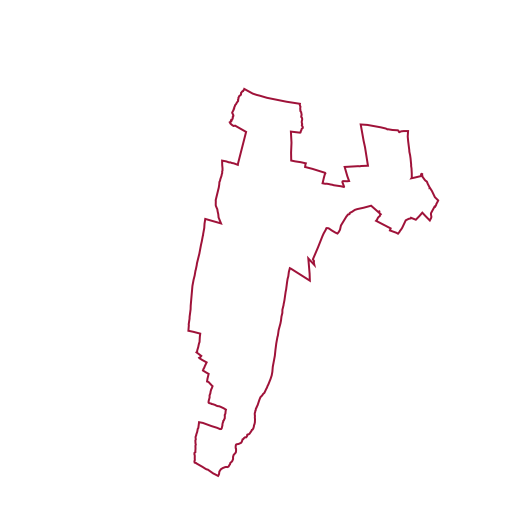 the district of Dimitrie Cantemir, Vaslui, Romania, rotated 222°
{"feature_id": "2599482B29035233418864", "entity_name": "Dimitrie Cantemir", "entity_type": "district", "adm_level": 2, "iso_a3": "ROU", "parent_name": "Romania", "parent_adm1": "Vaslui", "projection": "robinson", "projection_center": [28.052, 46.525], "detail": "fine", "context": "isolated", "style": "outline", "palette": "rose", "viewbox_px": 512, "rotation_deg": 222, "n_neighbors": 0, "source": "geoboundaries", "source_scale": "gbopen_adm2", "svg_char_len": 6084}
<svg xmlns="http://www.w3.org/2000/svg" viewBox="0 0 512 512"><g transform="rotate(222 256 256)"><path d="M325.2,398.5L336.5,391.1L353.7,380.9L360.6,377.6L363.4,376.1L367.1,374.5L376.5,372.3L376.1,371.4L376.2,370.4L376.0,370.2L375.9,369.9L376.4,368.9L376.2,367.8L376.3,367.4L376.1,367.0L375.5,366.4L375.2,365.9L375.1,365.1L375.5,363.9L374.9,361.7L374.2,361.1L373.9,360.0L373.1,359.4L373.0,359.1L372.9,357.2L372.5,355.8L372.4,353.9L372.0,353.3L371.6,351.8L371.2,351.5L371.0,350.9L370.7,350.4L370.8,350.0L370.4,349.5L369.7,346.7L369.0,346.2L368.2,346.0L366.9,345.4L366.7,345.0L366.7,344.7L366.3,344.4L366.3,343.6L365.6,343.1L364.9,341.3L365.5,340.7L365.4,340.3L365.2,340.1L365.0,339.4L364.5,339.3L364.9,338.0L364.6,338.0L364.0,337.4L363.5,337.3L361.7,337.3L359.7,337.6L358.7,338.9L346.4,341.6L331.3,312.8L330.5,311.6L334.5,310.0L336.1,309.0L337.9,308.3L338.5,307.6L341.4,306.4L345.0,304.2L341.9,300.9L339.6,298.8L338.1,297.1L337.8,296.3L336.6,295.0L336.1,293.8L335.3,292.5L333.9,289.2L333.1,287.9L332.7,286.5L331.2,284.6L329.5,282.0L323.3,270.5L322.8,270.1L320.1,267.0L319.4,266.4L317.3,265.4L316.1,264.9L314.4,263.5L312.0,261.8L309.6,259.6L303.8,256.8L318.5,249.6L315.9,245.6L313.2,242.2L310.0,237.0L309.1,235.8L309.0,235.4L305.9,230.3L304.4,227.6L299.7,219.9L295.0,211.1L293.9,209.5L291.4,205.2L291.3,204.8L288.5,200.4L286.5,196.6L283.2,191.2L271.3,175.4L269.0,172.7L264.6,166.3L263.4,164.9L260.3,160.2L259.5,159.5L256.2,155.2L251.9,157.7L245.5,161.0L243.7,158.4L240.4,154.3L239.9,153.0L238.9,151.2L238.0,149.7L236.5,146.5L235.8,145.6L235.8,144.6L229.8,145.1L229.7,143.2L230.1,142.3L229.7,142.2L226.6,142.7L221.5,143.9L220.3,139.8L219.7,138.3L219.5,137.1L218.8,135.4L215.0,136.1L212.3,136.7L210.0,132.4L208.4,130.0L206.9,130.6L202.2,130.2L201.2,130.2L200.4,128.3L200.0,126.8L199.1,125.0L198.0,123.3L197.5,122.0L197.2,121.3L195.8,119.8L194.4,117.0L193.5,115.6L193.0,115.3L192.5,115.3L190.3,116.4L190.0,116.3L188.7,117.1L186.3,118.1L185.4,118.2L184.0,118.8L182.8,119.7L181.5,120.2L178.2,121.2L175.5,121.7L175.0,120.7L173.3,118.4L172.8,116.8L172.2,116.4L170.5,114.3L170.3,113.1L169.9,112.3L170.0,111.6L169.9,111.3L169.4,110.8L169.0,109.6L168.3,108.4L167.7,107.8L166.2,105.0L166.1,104.2L166.9,103.3L169.9,102.3L175.3,99.8L183.8,96.4L187.1,94.4L183.8,89.6L183.6,88.5L182.1,86.1L180.9,83.3L180.6,83.0L179.9,81.2L179.3,80.5L178.1,79.5L177.6,78.3L175.5,76.2L174.6,75.6L174.0,74.4L172.0,72.3L170.6,70.5L169.8,69.7L170.0,68.6L169.2,67.5L168.3,67.0L167.3,66.0L166.3,64.8L164.9,63.4L164.6,62.6L164.1,61.9L163.3,61.4L161.8,62.1L161.5,62.0L154.6,63.5L150.9,64.1L149.9,64.4L148.9,65.0L142.2,65.8L141.3,66.1L137.0,67.2L137.1,67.8L137.6,69.3L139.0,71.3L139.4,74.0L138.8,76.2L137.7,78.4L137.1,79.2L135.9,80.1L135.5,81.2L135.9,82.7L135.9,83.7L136.6,85.0L136.4,87.1L136.5,87.9L137.2,89.8L138.6,91.3L139.5,93.2L139.5,96.0L139.7,96.8L140.8,98.3L142.0,99.5L142.5,99.6L143.4,100.5L144.4,101.9L144.6,102.6L144.4,103.1L143.1,104.8L142.1,107.2L142.1,107.6L142.4,108.8L143.3,110.8L142.9,111.4L143.1,112.6L142.8,114.0L142.0,114.6L142.0,115.4L142.2,116.3L142.9,117.3L142.9,117.6L142.2,118.4L141.9,119.4L142.3,122.8L142.7,124.0L142.4,124.6L142.6,126.0L143.5,127.9L144.2,128.8L144.5,129.8L145.5,131.6L147.5,134.0L148.8,135.2L149.8,136.5L150.5,137.0L151.7,138.3L152.4,139.8L152.9,140.4L153.0,141.1L154.0,142.6L154.1,143.0L154.1,143.7L154.6,144.6L154.9,146.0L157.3,151.5L158.2,154.0L158.2,155.0L158.1,156.5L158.4,158.2L158.2,159.9L159.6,164.6L159.7,165.3L160.5,167.3L160.8,168.6L162.9,174.3L164.4,177.7L166.3,180.8L169.4,184.9L175.2,194.4L178.7,199.2L182.5,204.7L185.9,210.2L186.5,211.5L189.6,216.1L192.7,222.2L194.2,224.7L196.6,228.1L198.3,231.3L200.4,233.7L202.7,238.0L203.3,238.8L203.9,239.9L205.3,242.2L210.0,249.2L211.1,251.1L215.5,257.5L217.2,260.1L218.4,262.5L220.9,266.1L222.7,269.6L221.3,270.0L199.5,273.7L204.3,278.7L215.5,289.2L206.7,288.4L208.5,289.7L209.6,291.1L211.5,291.6L215.7,303.9L219.9,315.2L220.8,318.0L221.7,322.1L222.2,323.4L222.3,323.8L222.0,324.2L220.5,325.2L216.7,325.7L212.7,326.5L210.5,327.2L210.6,329.4L211.2,331.8L213.3,335.5L215.3,346.1L215.2,347.0L215.5,348.1L214.6,349.6L214.7,350.1L215.0,350.5L214.9,351.4L214.2,353.1L213.4,356.4L212.2,358.5L208.3,363.9L204.1,370.4L194.3,370.5L194.4,371.3L194.3,371.7L194.2,371.7L194.0,371.3L193.1,370.5L191.2,370.5L191.2,369.3L190.7,368.4L191.0,367.0L190.9,365.8L190.3,363.7L190.3,362.5L174.4,366.6L173.6,364.6L167.2,367.2L165.4,367.6L165.5,369.9L165.8,371.1L165.9,372.8L166.2,374.7L168.6,382.7L167.4,385.8L166.2,387.4L166.4,388.1L161.5,389.9L161.3,394.9L161.4,399.5L156.9,399.1L150.6,398.7L151.3,401.4L151.8,402.4L153.7,403.9L154.4,404.6L154.7,405.3L156.4,412.4L156.3,412.7L155.9,412.7L156.3,414.5L156.8,415.4L157.4,418.0L157.8,419.2L162.4,419.4L168.7,422.0L172.3,423.0L172.5,422.7L172.8,423.1L176.8,424.6L178.5,425.5L179.3,425.6L180.3,425.4L181.6,425.5L185.3,426.3L187.3,427.9L187.8,428.8L187.7,428.2L188.0,427.2L187.0,426.1L187.0,425.6L191.0,419.8L192.5,417.8L192.6,418.4L195.4,421.5L199.1,425.2L201.1,426.8L201.5,427.4L206.5,432.0L208.9,434.0L211.8,436.1L212.9,437.2L219.6,443.0L223.1,446.2L226.6,450.6L229.9,447.6L231.5,445.8L232.4,443.9L232.8,443.9L234.1,444.4L234.7,444.3L239.0,440.9L242.6,438.6L243.1,438.0L243.9,437.9L245.0,437.5L249.4,435.1L261.0,427.9L266.2,423.8L253.1,413.6L247.8,409.8L233.2,398.0L238.2,393.1L238.8,392.2L240.3,391.0L249.7,381.5L241.5,376.4L237.0,374.0L238.2,372.6L241.3,370.0L241.5,369.7L241.6,369.3L241.1,368.6L237.0,366.5L236.9,366.1L239.5,364.7L245.6,360.6L247.4,359.8L247.8,359.4L250.0,358.2L251.9,357.0L252.4,356.4L253.5,355.6L255.2,354.6L258.0,359.7L259.4,362.5L259.8,363.9L260.4,364.0L272.4,358.5L279.1,355.0L280.7,357.4L281.0,358.2L285.6,355.6L290.1,352.6L293.7,350.5L299.2,356.4L305.4,363.9L313.3,371.8L305.8,377.1L305.6,377.5L305.7,377.8L306.2,378.7L306.4,379.6L307.0,380.8L307.1,381.3L306.9,382.2L307.0,382.6L308.0,383.4L309.2,383.6L309.7,384.3L309.9,384.9L311.2,385.7L312.1,386.7L312.9,388.2L313.8,389.1L314.7,389.6L315.1,389.5L315.9,390.1L316.5,391.4L318.7,393.1L320.2,393.5L320.6,394.2L321.5,394.8L323.0,396.8L323.6,397.0L324.7,397.7L325.2,398.5Z" fill="none" stroke="#9f1239" stroke-width="2"/></g></svg>